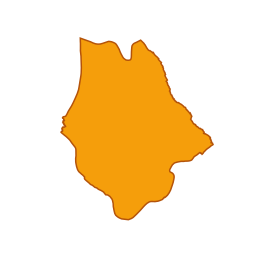 Lamduan, Surin, Thailand, rotated 117°
{"feature_id": "78962969B18818398645173", "entity_name": "Lamduan", "entity_type": "district", "adm_level": 2, "iso_a3": "THA", "parent_name": "Thailand", "parent_adm1": "Surin", "projection": "orthographic", "projection_center": [103.663, 14.716], "detail": "fine", "context": "isolated", "style": "filled", "palette": "amber", "viewbox_px": 256, "rotation_deg": 117, "n_neighbors": 0, "source": "geoboundaries", "source_scale": "gbopen_adm2", "svg_char_len": 5421}
<svg xmlns="http://www.w3.org/2000/svg" viewBox="0 0 256 256"><g transform="rotate(117 128 128)"><path d="M188.6,77.7L186.3,76.8L185.7,76.4L184.4,75.6L183.8,75.1L183.1,74.2L182.6,73.3L181.3,70.5L180.5,69.4L179.6,68.1L178.2,66.7L176.2,65.0L175.7,64.7L175.2,64.8L174.9,64.7L173.8,64.1L173.6,64.3L173.1,64.1L173.0,63.5L171.9,63.0L169.9,62.3L168.3,62.1L167.1,61.9L165.5,61.9L163.8,61.9L158.9,62.6L155.9,63.1L152.5,64.0L150.6,64.7L149.9,65.2L149.3,65.6L148.8,66.3L148.5,66.8L148.2,67.4L148.0,68.4L148.0,70.0L147.9,70.8L147.6,71.2L146.8,71.7L146.2,71.9L143.5,71.9L141.7,71.8L140.5,71.7L139.6,71.3L138.4,70.9L137.8,70.5L135.9,68.5L133.6,65.5L132.4,63.1L131.7,62.2L130.2,59.5L129.1,58.0L128.1,57.1L127.7,56.8L127.2,56.6L124.8,56.2L123.4,56.0L120.5,54.3L117.7,53.1L117.2,52.8L117.5,51.8L117.2,51.7L117.5,50.7L117.8,50.1L116.7,49.7L116.0,49.6L115.3,49.6L114.2,49.2L112.1,48.6L110.4,47.9L107.8,46.5L106.6,46.1L104.2,44.7L103.8,45.2L103.2,45.7L103.2,46.2L103.4,47.3L103.1,47.3L102.8,47.0L102.6,47.0L102.0,47.7L101.7,47.9L101.5,48.5L100.9,48.7L100.5,49.8L100.3,49.7L100.1,49.8L99.9,49.8L99.6,50.4L99.5,50.5L99.2,50.3L98.9,50.7L98.9,50.9L98.8,51.1L98.7,51.8L98.5,52.1L98.4,52.5L98.3,52.9L98.3,53.1L98.2,53.5L98.2,53.9L98.1,55.0L98.1,56.2L98.3,56.4L98.1,56.6L98.1,57.0L98.3,57.5L98.5,58.2L98.4,58.3L98.1,58.1L97.4,58.1L96.8,58.8L96.8,59.3L96.1,60.1L96.2,60.5L95.6,60.9L95.8,61.4L95.7,61.7L95.7,62.0L95.8,62.6L95.5,63.3L95.6,63.5L95.9,63.7L95.9,64.3L95.9,64.6L95.5,66.0L95.3,66.5L95.3,67.1L95.5,67.3L95.5,67.6L95.1,68.2L94.9,69.1L94.5,69.1L94.4,69.2L94.3,70.3L94.4,70.6L94.4,71.1L94.5,71.4L94.3,71.6L94.2,71.9L93.6,73.0L93.0,73.6L93.0,73.9L92.6,74.5L92.3,75.2L91.9,75.9L91.7,76.2L91.2,76.1L90.8,76.2L89.6,76.4L89.4,76.6L89.2,76.6L88.9,76.4L88.7,76.6L88.4,76.7L88.3,77.0L87.7,77.9L87.5,78.4L87.2,78.3L86.9,78.8L86.5,79.3L87.0,79.4L87.0,79.5L86.3,80.8L86.0,81.6L85.9,82.1L85.4,82.8L85.4,83.5L85.0,83.9L85.0,84.6L83.6,86.1L83.6,86.4L83.8,86.8L83.7,87.3L83.8,87.8L83.3,88.6L83.2,89.6L82.7,91.0L82.8,91.4L82.8,91.9L82.7,93.1L82.5,93.7L82.7,94.4L82.5,94.7L82.5,94.8L82.8,95.2L83.1,96.4L82.8,96.7L82.8,97.0L82.4,97.8L82.6,98.1L82.5,98.4L82.0,99.0L82.1,99.3L81.7,99.8L81.6,100.1L81.2,100.2L81.3,100.4L81.5,100.5L81.3,100.8L81.3,101.1L80.6,101.7L80.6,102.0L80.3,102.0L79.8,103.0L79.6,103.1L78.9,103.8L79.1,104.1L78.5,105.0L78.4,105.5L77.3,106.2L77.2,106.5L76.4,107.1L76.3,107.7L76.1,107.7L75.7,107.9L75.5,107.7L75.2,107.7L75.0,107.9L74.6,108.0L74.1,108.3L73.7,108.9L73.7,109.2L73.4,109.6L73.0,110.0L72.6,110.2L72.4,110.7L71.9,111.4L71.8,111.9L71.5,112.1L71.2,112.5L70.8,112.6L70.6,113.0L69.7,113.7L69.0,115.2L67.4,114.7L65.7,117.4L64.4,119.0L64.2,119.1L63.4,118.8L62.7,119.7L62.3,119.8L62.0,120.1L61.9,120.6L61.4,120.9L61.3,121.3L60.9,121.7L59.9,123.1L59.1,123.4L58.7,123.6L58.6,123.8L58.1,124.7L57.8,124.5L57.7,124.5L57.4,125.0L56.9,125.5L56.8,125.9L56.6,126.4L55.9,127.4L55.7,127.8L55.6,128.0L55.1,128.0L54.6,127.9L54.2,128.8L54.1,129.4L53.6,130.8L53.0,132.1L52.9,132.1L52.4,132.0L51.5,134.4L51.1,136.2L50.5,137.9L49.3,139.6L49.2,140.0L49.8,140.2L49.4,141.3L49.3,142.4L49.1,143.6L49.3,143.8L49.3,144.0L49.4,145.0L49.2,145.5L48.6,146.7L48.2,147.5L46.7,149.8L46.3,150.3L45.9,151.4L45.4,152.1L44.0,156.6L47.7,159.3L49.2,160.5L50.1,161.1L50.8,161.4L51.7,161.6L52.7,161.7L53.3,161.6L54.5,161.2L58.5,159.5L60.8,158.4L62.7,157.5L63.6,157.1L64.8,156.8L65.5,156.7L66.0,156.8L66.4,157.0L66.9,157.6L67.6,158.6L68.2,160.3L68.3,160.7L68.1,162.3L67.9,163.3L67.7,163.9L67.1,165.0L66.4,166.0L65.0,168.0L63.4,170.0L61.9,171.6L59.9,174.6L59.0,176.1L58.5,177.3L58.4,178.1L58.4,179.6L58.6,181.6L59.0,183.0L59.4,184.1L59.7,184.7L64.2,189.1L65.8,190.9L66.9,192.8L67.7,195.0L67.9,196.3L68.1,197.7L68.2,200.5L68.6,203.5L69.6,211.3L72.4,209.8L74.3,208.7L79.2,206.2L80.7,205.5L85.3,202.5L95.5,196.9L100.4,194.6L102.5,193.8L113.7,190.2L116.5,189.4L120.5,188.8L125.4,188.5L130.0,188.3L133.9,188.3L140.1,188.8L143.4,188.7L144.7,188.8L145.8,188.9L146.0,189.0L147.3,190.6L147.7,190.9L148.5,191.0L148.7,190.9L148.9,190.7L148.8,190.0L148.8,189.8L149.4,189.1L149.7,188.7L150.0,188.5L150.2,188.1L150.5,188.2L150.3,188.7L150.3,189.0L150.9,189.0L151.9,188.4L152.1,188.5L152.2,188.8L152.4,188.8L152.6,188.0L152.9,188.1L153.1,188.0L153.2,187.1L153.5,186.5L154.0,186.7L154.4,186.1L154.3,185.6L154.5,184.9L154.8,184.4L155.0,184.3L155.3,184.7L156.3,185.3L156.4,185.5L156.4,186.0L156.7,186.2L156.8,186.5L157.2,186.6L157.4,186.6L157.7,186.3L158.1,186.7L158.4,186.7L159.3,186.0L159.3,185.6L159.4,185.4L160.0,185.2L160.4,184.9L160.5,184.9L160.8,185.1L161.2,185.7L161.5,185.7L162.1,185.8L162.4,185.2L163.2,181.7L163.5,180.3L163.6,179.6L164.1,177.8L164.4,176.8L164.7,175.8L165.3,174.1L166.7,171.6L169.2,166.3L169.7,165.6L170.3,165.1L170.9,164.6L176.4,161.7L178.9,160.8L181.9,159.2L183.3,158.2L185.7,156.3L188.0,154.0L189.2,152.1L190.3,148.1L190.4,147.3L191.4,144.4L191.9,144.3L192.4,144.1L192.9,143.7L193.3,143.1L193.8,141.4L194.7,137.6L195.2,136.1L195.3,135.2L195.2,134.1L195.3,133.1L195.5,132.4L195.9,130.4L195.8,129.9L195.5,128.7L195.8,127.9L196.0,126.4L196.0,125.3L195.9,123.5L196.1,121.4L196.1,120.8L196.1,120.6L196.5,120.1L196.8,119.3L197.5,117.9L197.6,117.4L197.2,116.5L196.9,115.9L197.0,114.8L197.2,113.0L198.7,109.9L199.5,109.0L201.9,107.0L204.7,105.4L207.9,102.9L210.0,101.1L211.1,99.6L211.3,99.2L211.8,97.3L212.0,95.9L212.0,94.3L211.9,92.5L209.5,86.0L207.0,83.8L205.3,82.8L201.1,81.3L195.5,79.6L190.9,78.4L188.6,77.7Z" fill="#f59e0b" stroke="#b45309" stroke-width="1.5"/></g></svg>